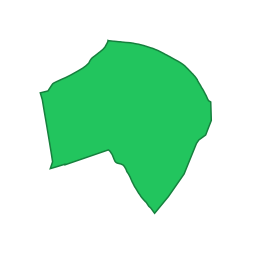 the district of Al Jubah, Ma'rib, Yemen, rotated 341°
{"feature_id": "15242507B63276008506059", "entity_name": "Al Jubah", "entity_type": "district", "adm_level": 2, "iso_a3": "YEM", "parent_name": "Yemen", "parent_adm1": "Ma'rib", "projection": "mercator", "projection_center": [45.32, 15.139], "detail": "fine", "context": "isolated", "style": "filled", "palette": "green", "viewbox_px": 256, "rotation_deg": 341, "n_neighbors": 0, "source": "geoboundaries", "source_scale": "gbopen_adm2", "svg_char_len": 3111}
<svg xmlns="http://www.w3.org/2000/svg" viewBox="0 0 256 256"><g transform="rotate(341 128 128)"><path d="M41.3,141.1L47.5,141.4L56.5,141.7L56.4,142.3L102.3,142.3L102.9,143.2L103.4,144.1L103.7,145.1L103.9,146.1L104.2,147.1L104.4,148.1L104.5,149.2L104.5,149.5L104.5,150.2L104.6,151.2L104.6,152.3L104.7,153.4L104.8,154.4L104.9,155.4L105.3,156.3L105.9,157.2L106.6,157.8L107.5,158.4L108.4,159.0L109.3,159.5L109.6,159.8L110.1,160.2L110.9,161.0L111.5,161.8L111.9,162.9L112.2,163.9L112.4,165.0L112.6,166.0L112.7,167.2L112.7,168.2L112.8,169.2L113.1,170.2L113.4,171.2L113.6,172.4L113.8,173.4L113.9,174.4L114.1,175.5L114.1,176.5L114.2,177.6L114.3,178.7L114.4,179.9L114.5,180.9L114.7,181.9L114.8,183.0L115.0,184.2L115.1,185.3L115.4,186.5L115.7,187.5L115.9,188.6L116.2,189.8L116.4,190.9L116.6,191.9L116.7,192.2L116.8,192.9L117.1,193.8L117.4,194.7L117.7,195.9L117.9,196.9L118.2,197.8L118.6,198.9L119.0,199.8L119.3,200.8L119.8,201.7L120.2,202.6L120.2,202.8L120.6,203.5L121.0,204.2L122.1,208.5L122.4,209.2L123.0,210.2L123.4,210.9L125.4,217.3L141.4,207.5L143.7,206.1L166.1,189.7L170.6,184.5L187.7,164.9L191.0,162.4L199.1,159.9L199.5,159.5L202.5,155.9L205.8,152.0L209.2,148.0L212.2,138.4L214.7,130.3L214.4,129.9L213.6,129.1L213.1,128.2L212.8,127.2L212.7,126.2L212.6,125.1L212.5,123.9L212.4,122.7L212.2,121.6L212.0,120.5L211.9,119.5L211.7,118.5L211.6,117.5L211.4,116.5L211.2,115.5L210.9,114.4L210.6,113.1L210.5,112.1L210.3,111.1L210.1,110.1L209.8,108.9L209.6,108.0L209.4,106.9L209.2,105.9L209.2,104.8L208.9,103.8L208.6,102.7L208.2,101.5L207.8,100.4L207.3,99.4L207.0,98.4L206.5,97.5L206.0,96.5L205.6,95.5L205.1,94.4L204.6,93.4L204.1,92.2L203.6,91.2L203.0,90.0L202.4,88.8L201.9,87.7L201.3,86.8L200.6,85.7L200.0,84.9L199.2,83.8L198.3,82.7L197.4,81.6L196.7,80.8L196.0,80.1L195.3,79.3L194.6,78.6L194.0,77.9L193.2,77.0L192.4,76.1L191.5,75.1L191.0,74.5L190.6,74.0L189.6,73.1L189.0,72.3L188.2,71.5L187.5,70.8L186.8,70.1L186.1,69.2L185.4,68.5L184.7,67.8L183.9,66.9L182.9,65.9L182.1,65.0L181.2,64.2L180.3,63.4L179.3,62.6L178.5,61.8L177.9,61.3L177.6,61.0L176.8,60.4L175.9,59.8L174.8,59.0L173.8,58.2L172.9,57.6L172.1,56.9L171.2,56.3L170.1,55.4L169.2,54.8L168.4,54.3L167.5,53.7L166.4,53.0L165.6,52.4L164.7,51.9L163.5,51.3L162.3,50.6L161.4,50.1L160.5,49.5L159.5,49.0L158.6,48.5L157.6,48.0L156.5,47.5L155.5,47.1L154.3,46.6L153.3,46.2L152.1,45.6L151.2,45.2L150.1,44.7L149.3,44.2L148.0,43.7L147.1,43.3L146.2,42.9L145.0,42.3L143.9,41.8L143.0,41.4L142.0,41.0L141.0,40.5L140.2,40.1L139.3,39.7L138.2,39.2L137.6,38.7L137.2,39.6L136.4,40.4L135.7,41.2L134.9,41.8L134.2,42.5L133.4,43.2L132.7,43.9L131.8,44.4L130.8,45.0L129.9,45.5L128.9,45.9L128.0,46.2L127.0,46.6L126.0,47.0L124.9,47.3L123.9,47.7L122.8,48.1L121.8,48.4L120.8,48.8L119.8,49.1L118.9,49.4L117.9,49.7L116.8,50.1L116.0,50.6L115.9,50.6L115.3,51.0L114.9,51.3L114.0,52.0L113.2,52.7L112.6,53.4L112.1,53.8L111.1,54.3L108.2,55.6L104.6,56.7L99.7,57.7L90.9,59.3L85.6,60.0L81.7,60.3L75.6,60.9L72.6,61.3L71.2,61.7L69.8,62.7L64.4,66.9L57.6,66.3L56.5,66.2L56.2,73.3L54.3,84.6L51.6,101.2L51.4,102.3L49.1,116.1L47.2,127.1L45.7,135.4L41.3,141.1Z" fill="#22c55e" stroke="#15803d" stroke-width="1.5"/></g></svg>